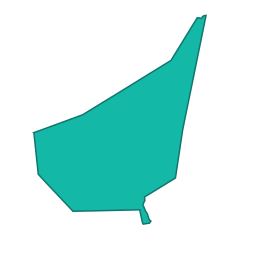 Veracruz, Copán, Honduras (Robinson projection), rotated 80°
{"feature_id": "27666195B16497975413079", "entity_name": "Veracruz", "entity_type": "district", "adm_level": 2, "iso_a3": "HND", "parent_name": "Honduras", "parent_adm1": "Copán", "projection": "robinson", "projection_center": [-88.814, 14.889], "detail": "fine", "context": "isolated", "style": "filled", "palette": "teal", "viewbox_px": 256, "rotation_deg": 80, "n_neighbors": 0, "source": "geoboundaries", "source_scale": "gbopen_adm2", "svg_char_len": 1141}
<svg xmlns="http://www.w3.org/2000/svg" viewBox="0 0 256 256"><g transform="rotate(80 128 128)"><path d="M203.1,124.5L202.2,123.9L198.8,123.7L185.5,90.0L184.1,89.5L139.4,74.5L128.4,70.2L101.4,59.5L30.7,31.6L30.7,31.9L30.7,32.0L30.7,32.3L30.7,32.5L30.7,32.8L30.6,33.0L30.6,33.3L30.6,33.5L30.7,33.8L30.7,34.0L30.8,34.1L30.8,34.3L31.0,34.7L31.2,35.0L31.3,35.1L31.4,35.3L31.5,35.5L31.8,35.8L32.0,36.0L32.3,36.2L32.4,36.3L32.5,36.3L32.6,36.5L32.7,36.8L32.7,37.0L32.7,37.3L32.6,37.5L32.4,37.8L32.3,38.0L32.2,38.2L32.1,38.3L32.1,38.5L31.9,38.8L31.9,39.0L31.8,39.3L31.7,39.5L31.6,39.9L31.6,40.2L31.5,40.4L31.5,40.6L32.2,41.3L68.9,73.9L77.7,96.1L86.0,117.0L87.0,119.4L94.5,138.4L98.3,148.1L107.1,170.4L111.8,196.7L116.0,220.2L116.2,221.6L116.3,221.5L158.0,224.4L167.0,218.6L199.1,197.5L200.4,196.7L203.7,175.7L210.6,130.7L223.6,130.2L225.3,129.7L225.4,123.3L223.6,121.6L222.9,122.4L222.3,122.8L221.7,122.9L220.8,123.3L219.7,123.4L218.2,123.6L216.7,123.7L215.5,124.0L214.6,124.4L213.6,124.8L212.8,125.2L211.3,125.5L209.4,125.9L208.1,126.2L206.8,126.6L205.2,126.3L204.4,125.5L203.1,124.5Z" fill="#14b8a6" stroke="#0f766e" stroke-width="1.5"/></g></svg>